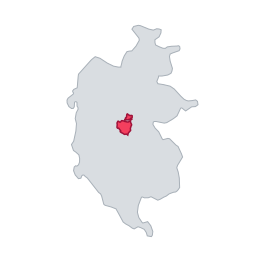 where Obwalden sits in Switzerland, rotated 280°
{"feature_id": "CHE-3427", "entity_name": "Obwalden", "entity_type": "Canton", "adm_level": 1, "iso_a3": "CHE", "parent_name": "Switzerland", "parent_adm1": "", "projection": "albers", "projection_center": [8.312, 46.869], "detail": "fine", "context": "in_parent", "style": "filled", "palette": "rose", "viewbox_px": 256, "rotation_deg": 280, "n_neighbors": 0, "source": "natural_earth", "source_scale": "10m", "svg_char_len": 3821}
<svg xmlns="http://www.w3.org/2000/svg" viewBox="0 0 256 256"><g transform="rotate(280 128 128)"><path d="M187.9,79.5L189.2,80.4L192.5,83.3L191.8,88.3L188.3,96.4L186.4,103.0L186.3,108.0L186.7,110.4L187.3,110.3L190.9,110.6L192.7,110.6L198.4,111.8L203.0,113.7L203.9,115.8L204.6,118.4L210.1,121.7L216.4,123.9L218.5,123.1L226.0,114.7L229.0,116.0L230.9,120.3L230.9,122.6L229.0,131.3L228.8,136.0L230.7,139.0L230.9,141.4L230.5,143.6L227.4,143.9L223.2,142.8L219.6,139.2L216.9,139.7L214.6,140.7L213.5,144.3L212.6,148.5L212.9,150.9L214.7,152.6L216.0,156.5L217.1,161.5L217.8,163.7L217.1,164.8L214.9,165.5L213.0,164.9L209.7,159.0L208.2,156.7L205.6,156.4L201.2,157.9L194.4,161.4L191.7,161.4L189.3,160.8L187.1,158.0L185.1,152.5L184.5,149.1L183.2,149.2L178.8,148.3L176.8,149.7L176.9,155.3L176.5,162.2L174.4,166.8L168.4,174.6L166.1,178.1L165.3,180.5L165.1,182.6L166.1,186.3L167.4,189.8L166.3,191.8L163.1,192.9L160.8,190.7L159.9,187.0L154.8,181.8L157.1,177.5L156.7,176.4L148.5,174.2L145.0,171.0L140.0,165.2L139.1,162.8L139.3,154.8L139.0,152.8L138.3,151.9L135.9,151.9L132.6,154.7L129.6,158.9L123.3,163.5L122.6,164.5L124.7,169.1L124.6,170.9L119.5,178.2L118.5,180.5L111.9,185.1L108.9,186.8L99.9,183.3L97.4,182.9L93.3,185.1L87.6,187.2L78.3,189.2L74.9,187.6L73.3,186.1L72.6,183.9L70.3,180.0L67.7,177.6L66.0,175.1L63.6,172.3L62.1,169.9L64.3,162.6L62.8,160.0L62.1,156.3L62.6,153.8L61.8,153.2L53.5,151.6L46.6,151.9L41.7,154.2L37.5,158.2L37.0,159.0L37.3,159.8L39.2,163.6L35.7,167.4L30.4,170.4L26.7,170.6L25.1,169.9L25.1,165.7L28.2,164.2L31.0,161.6L32.1,157.7L32.5,155.0L29.7,151.6L30.1,149.6L32.0,145.8L33.1,142.4L34.6,139.5L40.5,134.9L46.3,130.2L47.3,125.1L47.9,118.8L48.7,117.4L56.5,113.8L58.4,112.4L59.4,110.3L65.6,103.4L71.7,96.6L72.9,94.2L73.9,92.9L73.9,91.8L73.2,90.9L70.4,90.3L69.5,88.0L72.6,84.2L76.5,81.8L80.2,81.8L81.7,83.0L81.6,84.3L83.2,85.7L86.0,86.2L89.5,85.7L93.0,84.3L95.2,80.8L96.4,78.2L101.9,75.2L105.6,76.8L115.9,77.2L123.4,76.5L128.1,74.4L134.0,74.4L137.9,75.6L138.6,75.4L139.6,75.1L140.7,74.0L144.4,73.3L144.9,72.3L144.7,71.4L144.0,70.9L139.5,71.4L137.8,70.7L137.4,69.0L138.8,66.1L142.1,63.7L144.9,63.1L147.0,63.8L151.9,68.2L153.1,68.3L153.8,67.5L154.8,67.0L156.6,67.9L158.5,70.6L158.8,71.0L169.9,70.0L172.4,69.9L180.0,74.6L187.9,79.5Z" fill="#d9dde1" stroke="#a8b0b8" stroke-width="1"/><path d="M135.8,129.0L133.8,129.7L132.3,130.8L131.8,131.0L131.3,131.0L130.5,130.7L128.1,130.4L127.5,130.5L126.4,130.9L126.2,131.0L125.9,130.9L125.3,130.6L124.9,130.3L123.3,129.3L122.4,129.1L121.0,129.0L121.7,127.8L121.5,126.8L121.3,126.3L121.1,125.6L121.2,125.3L122.0,123.5L122.2,122.5L122.4,122.0L122.5,121.7L122.9,121.2L123.0,121.0L123.3,121.0L123.5,120.9L123.7,121.0L123.8,121.0L123.9,121.3L124.1,121.2L125.2,119.8L126.1,119.0L126.2,118.6L126.2,118.3L126.0,117.7L126.8,117.0L129.4,116.8L130.1,116.6L130.4,116.5L130.7,116.4L130.9,116.3L131.0,116.3L132.8,116.8L133.0,117.1L133.0,117.4L132.9,117.7L132.8,118.0L132.6,118.2L132.5,118.5L132.4,118.7L132.3,119.1L132.6,119.4L132.8,119.7L133.9,120.2L134.1,120.4L134.2,120.7L134.2,122.5L134.2,122.8L133.9,123.5L133.9,124.9L133.8,125.5L133.9,127.1L134.9,128.4L135.8,129.0ZM137.3,130.3L136.9,129.9L138.2,129.5L138.3,129.4L138.2,129.1L137.4,128.7L137.2,128.6L137.0,128.4L136.9,128.1L136.7,127.9L136.6,127.7L136.5,127.3L136.5,127.2L136.1,127.0L136.0,126.9L136.0,126.7L136.0,126.3L135.8,125.4L135.7,125.1L135.6,124.3L135.5,124.0L135.4,123.8L135.6,123.4L135.8,123.3L136.0,123.4L136.2,123.7L136.2,124.0L136.2,124.3L136.3,124.4L137.3,123.8L137.5,123.8L137.9,124.2L138.4,124.6L140.6,124.5L141.1,124.5L141.6,124.7L141.7,124.8L141.8,125.0L141.6,125.4L141.3,125.8L141.0,126.3L140.8,127.1L140.7,127.6L140.5,128.0L140.6,128.3L140.8,128.5L140.9,128.9L141.0,129.2L141.0,129.5L140.9,129.9L139.4,130.3L138.5,130.0L138.2,130.0L137.6,130.1L137.3,130.3Z" fill="#f43f5e" stroke="#9f1239" stroke-width="1.5"/></g></svg>